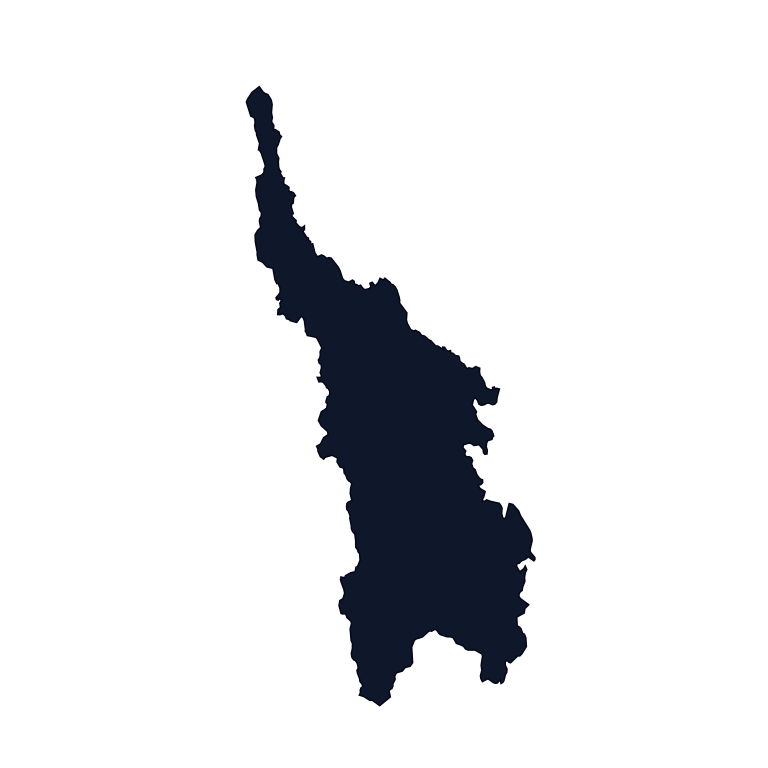 outline of Jaú do Tocantins, Tocantins, Brazil, rotated 164°
{"feature_id": "56859067B80023997915939", "entity_name": "Jaú do Tocantins", "entity_type": "district", "adm_level": 2, "iso_a3": "BRA", "parent_name": "Brazil", "parent_adm1": "Tocantins", "projection": "equal_earth", "projection_center": [-48.634, -12.857], "detail": "fine", "context": "isolated", "style": "filled", "palette": "ink", "viewbox_px": 768, "rotation_deg": 164, "n_neighbors": 0, "source": "geoboundaries", "source_scale": "gbopen_adm2", "svg_char_len": 6127}
<svg xmlns="http://www.w3.org/2000/svg" viewBox="0 0 768 768"><g transform="rotate(164 384 384)"><path d="M357.6,65.3L354.0,67.6L354.0,63.8L351.6,64.6L350.3,66.1L347.4,71.2L345.7,72.7L344.3,76.0L344.9,79.8L344.1,83.9L341.6,84.1L340.7,82.0L339.1,81.1L330.4,85.8L328.4,85.2L325.9,86.6L319.5,92.4L317.6,101.1L318.0,104.8L319.5,106.2L319.7,110.8L320.6,112.8L322.6,114.9L320.6,123.4L312.3,125.2L310.5,129.3L305.7,131.9L311.7,139.7L312.8,142.0L312.4,144.3L310.8,146.3L308.1,147.5L306.6,150.7L302.9,155.6L302.3,159.2L300.2,163.6L297.9,166.3L298.4,170.1L300.7,167.8L305.3,166.1L306.8,172.1L305.7,174.7L303.5,174.4L300.7,176.1L296.2,176.6L293.0,178.1L288.7,172.7L287.3,173.6L286.8,175.7L289.6,181.9L289.3,184.5L284.9,192.3L284.3,194.9L284.0,199.9L284.3,203.1L289.1,219.9L289.6,225.0L293.3,232.7L296.6,234.6L303.7,222.3L305.0,221.3L306.7,222.3L306.6,226.9L304.7,232.3L305.0,234.5L306.1,237.6L313.7,241.7L317.4,244.4L319.1,243.4L321.6,244.4L320.7,246.6L319.2,248.1L316.4,252.7L320.7,257.4L321.2,260.8L318.6,260.6L316.2,262.1L315.7,264.7L317.4,266.0L318.4,267.6L319.7,271.1L320.0,276.6L321.7,278.9L321.8,283.2L319.9,286.1L320.5,289.2L322.3,290.7L324.4,291.1L325.7,292.9L325.4,295.2L323.9,297.0L325.7,301.1L324.4,303.6L319.1,303.8L317.0,303.2L314.4,300.0L309.4,299.5L306.8,294.0L307.3,290.3L306.4,288.6L304.2,288.4L303.0,291.9L303.0,295.6L301.7,298.8L300.0,300.9L295.5,301.0L294.4,303.0L292.9,303.7L292.9,305.9L293.2,309.3L294.2,311.2L296.4,312.5L300.7,317.6L304.0,323.9L304.3,329.8L302.7,331.8L305.0,339.5L302.5,344.0L300.4,345.9L298.8,343.1L298.3,338.4L296.4,336.7L293.6,336.4L290.2,337.2L288.6,336.8L285.4,334.2L283.1,334.1L280.7,335.6L279.1,339.7L274.5,347.4L276.8,348.8L278.3,348.0L278.7,350.7L280.6,350.8L281.1,348.6L282.9,348.8L286.7,352.0L287.2,354.8L286.9,357.4L288.1,363.3L289.2,365.6L288.9,369.1L287.6,372.8L291.1,375.5L294.8,374.4L297.9,376.2L300.2,375.8L301.6,381.1L303.6,383.0L304.8,385.5L304.3,388.1L304.5,390.3L307.5,391.6L309.1,394.4L311.1,395.5L310.9,397.8L313.0,397.8L314.7,399.3L315.6,402.6L317.3,403.3L318.1,401.3L321.9,405.8L323.7,406.1L327.0,412.7L328.7,414.1L331.8,418.9L334.6,420.5L335.6,423.7L339.0,427.0L340.8,426.7L343.4,429.0L344.9,435.9L344.8,439.4L342.4,446.1L346.7,457.5L345.8,460.2L345.5,463.2L345.7,470.9L346.5,474.2L347.9,476.8L349.7,477.9L350.1,479.9L354.0,485.5L356.0,484.2L358.7,486.7L361.7,483.0L365.5,480.7L367.3,485.1L369.8,484.7L369.8,481.0L371.9,479.8L375.8,479.9L377.4,480.7L379.3,485.5L381.4,485.2L382.7,487.0L384.8,488.1L384.4,491.1L385.7,492.6L389.9,491.6L393.6,494.2L394.8,497.0L395.0,504.7L395.7,508.7L400.0,519.5L402.1,520.7L404.3,520.5L406.7,523.9L408.5,525.3L412.8,524.6L414.3,528.9L413.9,538.5L415.9,538.3L415.3,541.3L416.7,542.6L416.6,545.3L417.9,546.3L419.9,553.2L417.9,554.3L416.9,557.9L419.5,556.8L421.9,558.2L424.3,563.4L423.4,565.2L426.2,570.4L425.8,572.5L424.2,572.8L424.4,579.2L423.5,582.2L421.5,582.8L419.3,588.3L417.2,589.5L418.4,592.9L420.2,594.4L421.7,594.7L422.1,596.6L421.1,599.3L425.2,604.1L424.2,607.5L422.9,609.5L424.3,610.0L425.6,614.6L424.5,616.8L425.5,618.8L425.5,621.6L424.3,626.8L422.9,630.1L423.8,635.2L422.1,640.9L419.6,643.5L416.3,648.5L414.3,650.1L415.6,652.2L415.5,655.3L418.3,658.4L420.1,659.4L418.6,662.7L419.8,667.2L417.9,670.8L417.4,675.8L414.5,683.5L414.1,688.0L415.8,694.3L418.3,696.1L419.9,698.3L421.9,704.2L430.6,700.7L436.6,695.5L438.6,693.0L438.2,678.2L435.7,676.1L435.3,674.2L435.8,671.0L437.3,667.7L437.8,663.3L437.3,661.2L437.8,658.3L437.3,649.6L440.1,643.8L439.0,642.2L438.4,639.8L437.9,628.1L438.3,625.4L440.0,623.9L440.7,621.4L441.9,619.8L444.3,618.5L450.3,617.8L449.9,615.3L450.6,612.3L453.7,606.0L455.0,599.3L454.9,592.0L455.7,585.6L454.6,582.4L456.0,578.8L457.8,577.3L458.9,574.8L459.4,568.5L463.0,566.6L466.8,563.0L468.5,555.9L469.5,545.6L470.3,543.3L470.8,537.8L467.2,534.6L464.2,528.8L458.9,525.8L460.1,514.0L459.4,510.1L458.0,509.5L457.5,505.1L458.4,501.4L459.6,499.6L464.0,496.8L464.0,494.8L462.6,493.8L461.0,494.8L459.3,493.1L461.9,490.3L462.3,486.2L465.4,484.7L467.0,480.0L464.7,479.3L461.9,479.5L460.1,477.0L459.7,473.5L457.8,472.5L456.5,470.6L451.0,467.2L446.0,471.2L444.3,471.7L443.5,469.7L443.1,466.9L444.4,458.3L445.1,456.3L444.4,454.2L444.4,451.8L436.6,447.7L435.6,445.7L433.8,435.8L436.6,432.5L437.2,429.6L438.5,426.9L440.5,425.2L440.5,421.7L439.0,420.0L439.7,416.7L442.2,412.5L441.9,409.8L442.5,407.6L446.4,408.8L445.9,403.9L443.3,403.5L441.8,402.1L440.2,398.2L440.2,396.2L438.8,395.0L438.2,391.9L438.9,389.4L440.2,387.7L442.0,387.3L444.1,384.1L444.9,382.2L443.8,380.5L445.9,376.5L451.9,374.6L457.1,367.0L455.8,361.1L451.2,353.8L451.8,350.7L456.9,349.0L461.6,343.8L465.9,342.8L465.5,339.7L466.0,337.6L465.2,331.7L462.7,328.4L460.7,329.8L453.6,329.8L449.0,325.7L450.6,322.2L449.3,316.5L446.0,314.2L446.8,309.2L445.8,307.0L445.7,303.3L444.6,300.5L443.3,299.3L442.5,297.0L444.9,292.8L446.7,287.8L447.0,280.9L451.0,280.3L452.6,279.3L453.9,276.3L454.3,273.6L453.3,271.6L453.0,266.3L453.9,264.4L454.5,256.9L455.2,254.0L454.9,250.8L453.4,247.7L454.4,241.3L456.2,234.7L455.2,232.5L455.2,229.7L454.2,227.5L455.6,221.2L459.7,215.9L461.4,215.6L463.5,211.5L468.1,211.7L473.8,210.4L475.3,208.6L478.6,210.4L479.7,208.1L479.8,205.4L479.2,197.4L479.5,193.8L482.6,189.0L486.1,188.0L488.3,183.5L488.5,175.3L486.9,174.2L485.1,174.2L484.0,172.3L484.0,169.7L481.1,165.0L481.3,162.6L484.0,158.1L486.3,146.5L485.8,143.6L487.2,138.7L489.7,133.9L490.2,130.4L489.3,127.4L487.6,125.8L486.7,122.7L486.8,119.6L487.6,117.3L488.9,116.3L489.2,113.3L488.7,107.5L489.1,104.9L487.6,100.8L488.1,99.0L490.1,98.0L491.2,96.3L491.8,93.7L493.5,91.7L489.7,89.3L484.8,83.8L482.4,83.2L476.8,76.0L464.1,81.5L463.8,87.4L462.3,88.7L460.3,89.1L458.7,91.1L458.1,93.4L454.8,96.8L454.2,100.2L451.8,102.9L445.5,103.0L441.7,105.7L436.8,105.4L433.3,108.2L429.9,123.5L425.5,129.2L423.8,130.0L416.9,130.2L409.4,133.9L407.7,134.0L406.3,133.2L403.2,134.1L401.4,133.3L399.6,128.4L398.3,127.1L393.0,123.6L389.2,122.4L387.4,120.9L385.9,114.7L381.0,111.2L379.4,109.1L378.8,107.0L376.8,105.2L370.0,103.2L364.4,97.6L364.2,95.5L368.1,86.9L368.9,81.8L371.7,77.0L372.1,74.3L371.5,70.8L365.3,72.0L361.3,66.9L359.7,65.7L357.6,65.3Z" fill="#0f172a" stroke="#020617" stroke-width="1.5"/></g></svg>